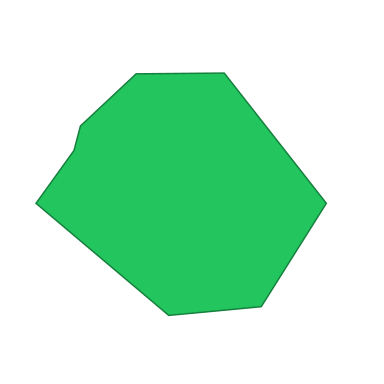 Al Hawtah, Lahij, Yemen, rotated 311°
{"feature_id": "15242507B35163519047813", "entity_name": "Al Hawtah", "entity_type": "district", "adm_level": 2, "iso_a3": "YEM", "parent_name": "Yemen", "parent_adm1": "Lahij", "projection": "albers", "projection_center": [44.876, 13.061], "detail": "fine", "context": "isolated", "style": "filled", "palette": "green", "viewbox_px": 384, "rotation_deg": 311, "n_neighbors": 0, "source": "geoboundaries", "source_scale": "gbopen_adm2", "svg_char_len": 272}
<svg xmlns="http://www.w3.org/2000/svg" viewBox="0 0 384 384"><g transform="rotate(311 192 192)"><path d="M83.6,255.4L150.9,319.5L271.6,300.8L302.9,138.3L244.5,72.3L168.6,64.5L145.9,75.7L81.1,81.7L83.6,255.4Z" fill="#22c55e" stroke="#15803d" stroke-width="1.5"/></g></svg>